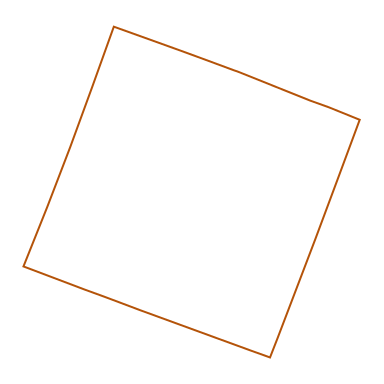 outline of Jefferson, Wisconsin, United States of America, rotated 200°
{"feature_id": "52423323B37691969207110", "entity_name": "Jefferson", "entity_type": "district", "adm_level": 2, "iso_a3": "USA", "parent_name": "United States of America", "parent_adm1": "Wisconsin", "projection": "equal_earth", "projection_center": [-88.78, 43.02], "detail": "fine", "context": "isolated", "style": "outline", "palette": "amber", "viewbox_px": 384, "rotation_deg": 200, "n_neighbors": 0, "source": "geoboundaries", "source_scale": "gbopen_adm2", "svg_char_len": 402}
<svg xmlns="http://www.w3.org/2000/svg" viewBox="0 0 384 384"><g transform="rotate(200 192 192)"><path d="M62.1,63.2L61.6,84.2L60.0,189.5L59.5,253.5L59.1,317.2L92.4,318.4L112.0,318.3L190.8,320.8L193.8,320.7L234.8,320.9L256.5,320.9L322.0,320.6L321.7,256.7L321.8,192.5L322.9,128.5L324.9,64.4L259.1,63.6L237.1,63.6L200.4,63.2L83.4,63.1L62.1,63.2Z" fill="none" stroke="#b45309" stroke-width="2"/></g></svg>